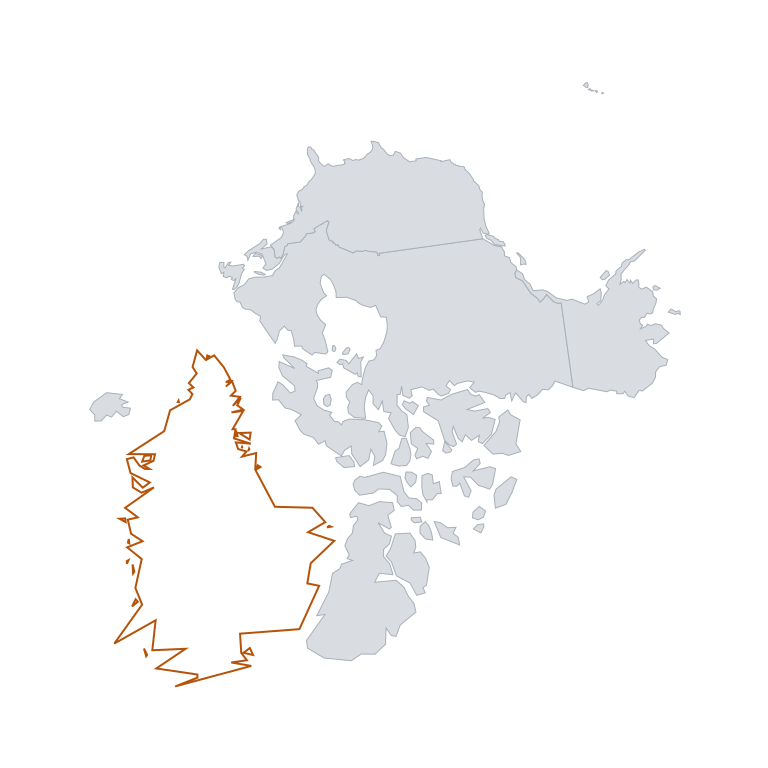 Greenland and the surrounding countries, rotated 172°
{"feature_id": "GRL", "entity_name": "Greenland", "entity_type": "country or territory", "adm_level": 0, "iso_a3": "GRL", "parent_name": "North America", "parent_adm1": "", "projection": "mercator", "projection_center": [-41.68, 71.708], "detail": "medium", "context": "with_neighbors", "style": "outline", "palette": "amber", "viewbox_px": 768, "rotation_deg": 172, "n_neighbors": 3, "source": "natural_earth", "source_scale": "50m", "svg_char_len": 14229}
<svg xmlns="http://www.w3.org/2000/svg" viewBox="0 0 768 768"><g transform="rotate(172 384 384)"><path d="M265.9,514.1L255.4,505.8L248.5,503.4L246.4,498.0L246.9,494.2L242.1,491.6L241.4,486.5L236.9,481.8L236.8,478.5L238.9,475.3L238.8,471.1L232.4,466.8L226.1,453.7L220.1,447.4L218.1,443.5L214.3,446.0L210.6,450.1L204.6,441.9L200.9,439.8L197.2,439.6L197.3,354.4L214.2,363.1L217.5,358.7L222.1,355.3L227.7,356.7L233.4,351.9L239.6,349.1L242.2,353.7L245.0,351.1L245.9,345.8L248.5,347.0L254.9,356.9L259.9,349.5L260.4,357.8L265.1,356.0L266.5,352.9L271.1,353.5L276.8,358.0L285.7,361.9L290.9,363.7L294.6,363.1L299.7,368.3L294.4,373.4L301.2,375.5L311.4,374.3L314.6,372.6L318.7,378.5L322.8,373.5L318.9,369.2L321.4,365.7L329.0,364.2L332.1,366.6L335.9,372.2L340.1,371.4L346.8,375.9L358.2,374.6L357.7,368.3L361.1,366.5L366.9,370.0L366.9,379.4L369.3,371.5L372.4,371.7L374.1,361.3L370.0,354.7L365.6,350.3L365.9,337.7L370.4,329.0L375.4,330.9L379.2,336.2L384.3,349.1L381.0,354.6L388.0,356.7L388.0,367.5L393.1,359.3L397.6,366.1L396.4,373.7L400.1,380.3L404.1,373.2L406.8,364.3L407.0,352.6L418.0,355.0L423.1,360.3L423.3,365.6L420.5,371.0L423.1,376.4L422.7,381.2L415.3,387.9L410.0,389.3L406.1,386.5L405.0,391.2L400.2,402.9L395.8,408.8L390.4,409.4L387.4,413.0L387.2,418.5L382.8,419.5L378.1,426.1L374.0,435.0L372.6,441.1L372.4,449.8L377.9,451.0L381.4,463.1L386.7,461.7L393.7,464.7L397.5,467.3L400.2,470.5L408.9,475.2L419.3,476.2L418.7,481.9L419.9,488.3L422.6,495.3L428.2,501.1L431.1,499.1L433.2,492.8L431.2,482.8L428.5,479.4L434.6,476.3L438.9,471.6L441.0,466.9L440.7,462.2L438.1,456.2L433.5,450.8L438.0,443.0L436.3,436.1L435.1,423.7L437.7,421.8L448.1,424.9L451.2,422.7L459.4,430.1L460.5,433.2L467.3,433.8L467.2,440.3L468.4,449.7L471.9,450.8L474.6,455.1L480.1,451.1L483.7,442.9L486.2,439.4L498.3,463.9L496.7,468.2L501.8,472.0L505.2,475.8L511.2,477.5L513.6,479.6L515.1,485.1L518.1,486.0L519.6,488.4L519.9,495.4L514.4,499.8L508.2,502.0L503.4,506.9L497.0,507.8L488.9,506.6L479.3,506.9L476.2,511.2L471.3,513.7L461.5,526.4L464.8,525.5L470.8,518.1L478.8,513.3L484.4,512.8L487.8,515.6L484.2,519.4L486.6,529.6L491.5,532.3L497.8,531.6L501.6,525.4L501.8,529.4L504.3,531.4L499.6,534.9L487.5,540.2L483.3,544.0L480.4,543.6L480.2,539.2L486.8,534.7L476.5,535.6L474.1,532.5L474.1,525.1L472.4,523.4L469.9,524.4L468.6,522.9L465.7,527.1L463.2,533.8L460.4,534.9L460.0,536.3L447.3,536.3L441.1,541.5L439.9,543.6L432.7,543.6L431.0,544.4L431.9,547.5L427.0,550.1L423.1,550.9L418.7,553.6L416.0,552.1L419.8,543.9L418.3,534.4L414.3,531.9L414.8,530.9L413.2,530.3L412.2,528.1L410.5,528.5L410.7,528.0L409.8,527.4L409.5,526.0L396.2,518.1L392.8,519.7L386.9,518.3L383.9,519.0L380.2,517.3L373.7,516.0L372.5,515.0L371.9,511.9L370.6,511.9L370.6,514.1L265.9,514.1ZM412.8,422.6L415.6,418.8L420.8,418.9L420.7,420.5L416.3,425.0L413.6,424.9L412.8,422.6ZM428.7,318.0L424.6,311.1L424.7,306.3L435.2,306.8L441.7,314.1L442.1,317.7L428.7,318.0ZM426.7,425.6L428.2,423.2L429.7,423.4L430.7,425.0L429.2,429.3L427.5,428.6L426.7,425.6ZM376.4,288.2L374.4,293.8L368.9,292.8L364.3,289.0L366.3,282.4L371.7,278.3L375.0,283.6L376.4,288.2ZM375.6,247.7L366.7,247.1L365.7,242.1L373.4,242.4L376.0,245.7L375.6,247.7ZM364.5,224.8L369.1,231.4L368.0,238.1L362.4,241.9L359.4,237.6L357.7,230.7L357.4,222.7L364.5,224.8ZM397.1,296.7L380.9,290.3L379.2,274.7L375.4,267.8L367.5,265.8L363.2,260.8L364.6,253.9L372.4,255.0L376.6,260.4L384.0,260.3L387.3,265.7L386.4,271.7L393.2,278.9L403.8,280.8L409.8,277.5L423.6,277.3L427.7,283.0L428.5,289.1L426.2,292.9L420.5,296.0L415.7,294.2L397.1,296.7ZM309.7,236.4L315.0,239.2L313.7,244.6L306.7,249.6L301.1,244.0L304.1,238.2L309.7,236.4ZM308.8,223.1L315.7,227.9L311.1,231.6L304.8,231.6L304.9,228.9L308.8,223.1ZM520.9,498.8L515.7,509.4L518.1,507.4L520.7,508.7L519.3,510.7L522.7,512.3L524.4,510.9L528.2,512.7L527.0,516.9L529.7,515.9L531.3,522.4L529.7,527.3L525.6,526.5L526.4,521.9L525.3,521.2L520.9,526.1L518.7,525.9L521.3,523.3L517.7,521.9L506.3,522.1L505.7,520.4L508.1,518.4L506.4,516.9L509.6,513.4L513.5,504.0L515.9,500.6L519.2,498.5L520.9,498.8ZM411.0,397.5L421.7,405.7L422.0,409.8L424.8,409.2L427.5,412.0L424.2,414.7L418.3,412.6L416.1,408.8L407.0,417.7L405.7,412.8L400.6,413.6L403.9,409.3L405.6,394.2L408.4,394.9L409.1,398.9L411.0,397.5ZM432.5,323.7L436.1,318.6L449.7,330.8L450.2,336.1L457.2,333.4L461.2,340.9L470.3,345.4L473.6,349.9L477.2,360.1L470.2,365.0L479.1,371.7L485.1,373.9L490.6,383.0L496.5,383.6L495.4,390.3L488.7,400.9L484.1,397.0L478.1,388.1L473.2,389.3L472.7,394.6L483.4,406.3L485.9,414.8L484.6,420.8L470.3,411.8L479.6,424.1L480.2,426.9L470.0,423.6L461.8,418.9L457.3,414.8L458.6,412.4L447.4,403.7L447.5,406.3L436.6,407.7L433.4,404.7L435.9,398.1L450.7,396.8L449.5,393.5L450.8,388.8L455.7,379.5L453.2,371.7L447.4,366.7L439.7,363.2L442.2,360.5L438.2,353.8L434.8,353.2L431.8,349.4L429.8,352.7L423.0,354.1L409.2,351.6L395.1,346.7L391.9,342.7L395.9,337.4L390.5,337.3L389.3,325.1L392.2,313.7L396.1,308.4L405.9,304.8L403.1,313.4L406.1,321.4L409.6,311.0L419.1,305.5L425.6,319.1L425.1,327.2L432.5,323.7ZM373.1,300.2L380.9,300.7L388.2,304.1L382.5,315.9L378.0,318.4L373.9,327.7L369.6,327.2L367.3,316.2L367.3,309.7L369.3,304.0L373.1,300.2ZM265.8,271.0L272.3,258.9L280.0,247.8L291.0,245.5L290.5,258.7L287.6,264.4L271.0,274.4L265.8,271.0ZM228.6,483.4L232.2,482.9L231.1,490.2L234.4,495.2L232.8,495.2L227.3,487.5L226.6,484.7L226.8,482.6L228.6,483.4ZM331.5,214.1L349.1,224.1L353.5,240.8L347.3,238.8L341.1,232.8L332.7,232.1L336.3,226.5L331.8,221.8L331.5,214.1ZM263.4,516.9L261.5,517.7L255.2,515.1L254.1,513.1L250.7,511.0L250.0,509.4L246.1,508.3L244.7,505.1L245.0,503.7L254.9,506.6L258.0,511.4L261.8,513.8L263.4,516.9ZM270.8,295.9L276.2,298.8L285.9,299.5L293.6,309.2L279.6,321.6L274.9,330.2L274.9,335.4L264.9,341.1L262.9,335.9L254.2,329.6L261.7,306.5L258.0,298.1L270.8,295.9ZM322.7,275.2L326.1,272.6L330.0,273.3L330.7,280.8L328.4,287.9L315.6,290.1L306.0,296.3L300.3,296.6L299.8,292.0L307.7,285.6L290.6,287.3L285.3,284.7L290.4,269.7L294.0,265.2L304.6,270.6L311.4,279.8L318.0,280.9L312.6,266.0L316.0,260.1L319.9,262.0L322.7,275.2ZM327.6,314.4L331.8,319.6L335.4,340.0L348.6,351.0L348.1,355.8L341.9,356.7L344.3,360.8L343.1,364.7L329.7,360.2L318.2,364.4L301.9,366.9L299.9,362.0L294.7,359.1L291.3,360.3L286.7,351.7L305.3,347.2L298.0,344.5L284.6,345.2L282.6,341.0L291.3,336.3L285.5,336.5L278.9,333.3L284.7,319.2L294.8,311.3L298.7,313.8L296.8,319.9L305.2,316.0L310.5,322.4L314.7,315.9L318.2,320.1L321.3,332.2L323.2,327.2L320.5,314.3L323.8,312.4L327.6,314.4ZM350.6,319.2L346.4,310.7L350.9,304.2L355.4,307.1L362.2,305.4L363.2,309.3L359.6,315.5L365.3,321.0L364.7,332.1L358.5,336.7L354.8,335.7L352.2,331.2L342.8,321.7L342.9,317.6L350.6,319.2ZM327.3,307.5L332.4,307.0L335.2,309.9L331.9,318.5L326.0,309.4L327.3,307.5ZM357.9,261.3L360.8,268.8L360.9,276.8L359.2,287.9L353.0,289.4L348.9,287.1L349.0,278.4L342.8,279.6L342.6,267.5L346.6,268.0L352.3,262.5L357.6,263.4L357.9,261.3ZM364.7,195.9L370.0,178.7L373.8,177.0L372.2,171.4L381.0,170.2L385.8,183.1L398.4,192.3L401.4,206.7L405.9,213.4L400.7,219.4L393.7,233.9L379.2,232.8L375.1,225.1L375.2,217.9L378.2,212.5L371.3,212.7L367.1,205.7L364.7,195.9ZM384.1,153.7L401.5,143.1L407.1,132.4L411.8,133.9L415.9,142.0L418.7,126.1L430.5,117.7L444.1,119.8L455.0,114.5L481.5,121.0L496.5,133.1L496.4,140.8L474.6,164.0L482.8,163.9L467.7,185.5L461.3,203.7L453.5,207.2L451.0,211.5L439.6,213.7L444.8,216.2L442.2,219.8L445.3,229.4L441.7,235.8L435.9,241.0L434.1,247.9L428.8,253.1L429.3,256.9L435.8,256.3L435.9,260.3L425.8,270.0L415.9,265.6L404.8,268.1L392.0,265.3L391.5,257.4L398.5,253.6L396.7,241.0L399.0,239.7L409.1,247.4L403.9,235.9L397.8,232.3L400.9,224.9L407.6,220.2L408.6,213.2L403.3,205.1L401.7,193.9L415.0,197.2L420.9,189.0L399.2,187.9L392.5,179.9L389.3,170.1L384.9,162.7L384.1,153.7ZM446.0,377.9L443.5,380.8L439.3,381.3L438.4,376.5L440.0,370.9L443.4,369.5L446.4,372.3L446.0,377.9ZM366.4,356.8L368.7,360.9L366.4,364.6L361.3,361.4L358.2,362.6L353.0,357.8L359.0,349.7L366.4,356.8ZM486.4,509.0L487.8,508.5L492.7,510.0L496.6,512.5L496.7,513.5L490.0,511.8L486.4,509.0ZM488.4,525.2L489.7,527.9L495.9,528.5L494.1,530.7L492.7,531.1L487.9,528.8L486.9,526.9L488.4,525.2Z" fill="#d9dde1" stroke="#a8b0b8" stroke-width="1"/><path d="M265.9,514.1L370.6,514.1L370.6,511.9L371.9,511.9L372.5,515.0L373.7,516.0L380.2,517.3L383.9,519.0L386.9,518.3L392.8,519.7L396.2,518.1L409.5,526.0L409.8,527.4L410.7,528.0L410.5,528.5L412.2,528.1L413.2,530.3L414.8,530.9L414.3,531.9L418.3,534.4L419.8,543.9L416.1,551.6L416.4,552.8L417.7,553.6L431.9,547.5L431.0,544.4L432.7,543.6L439.9,543.6L441.1,541.5L447.3,536.3L460.0,536.3L460.4,534.9L463.2,533.8L465.7,527.1L468.6,522.9L469.9,524.4L472.4,523.4L474.1,525.1L474.1,532.5L477.2,537.3L465.3,543.3L462.6,547.5L462.6,550.3L463.8,553.0L465.4,553.1L465.0,551.2L466.2,552.4L465.9,553.8L454.8,555.9L451.7,557.4L457.2,556.4L458.4,557.4L453.1,558.9L450.7,558.9L450.8,558.3L449.6,559.6L450.7,559.9L449.9,563.4L447.2,567.2L446.9,565.9L444.8,564.4L445.6,567.1L446.5,567.9L446.6,569.8L443.3,575.5L444.1,572.0L442.1,570.2L441.7,566.2L441.0,568.3L441.8,571.3L439.3,570.6L441.9,572.1L442.0,576.6L443.1,577.0L444.1,583.3L441.7,586.7L437.7,588.1L435.3,590.8L433.4,591.1L431.5,592.7L430.9,594.2L426.8,597.2L422.8,601.9L422.3,605.1L422.9,608.1L425.9,614.9L425.9,616.7L427.7,621.7L427.4,626.2L426.5,628.7L425.3,629.3L423.5,628.8L422.9,626.9L421.4,626.0L417.1,617.4L417.9,614.6L416.8,612.2L413.9,608.5L412.4,607.9L408.6,609.9L406.1,607.6L403.7,606.5L399.4,607.1L396.1,606.6L391.6,607.6L392.3,608.7L392.2,610.5L393.0,611.4L392.3,611.9L390.9,611.3L389.5,612.1L386.8,612.0L383.9,609.7L380.6,610.2L377.9,609.2L372.3,610.5L368.9,613.7L365.1,615.6L363.1,617.6L362.2,619.6L362.2,622.5L363.1,626.0L361.6,626.1L356.0,623.8L354.1,618.9L351.8,616.4L348.6,611.0L346.0,609.2L342.9,609.3L340.5,612.7L337.4,611.4L335.4,610.1L333.2,605.4L327.7,600.5L321.1,600.5L321.1,602.4L310.6,602.4L296.2,597.1L296.6,596.2L287.5,597.0L286.9,594.7L284.4,592.1L282.6,591.6L282.2,590.3L280.1,590.1L278.8,588.8L275.2,588.4L274.3,587.6L273.8,585.1L270.1,580.4L267.0,573.9L267.1,572.8L262.5,567.1L262.0,563.1L260.0,560.4L260.8,556.3L260.7,552.0L259.5,548.0L261.0,543.1L261.9,533.5L261.2,526.2L258.9,518.8L259.4,517.7L264.8,519.6L266.8,524.9L267.8,523.4L265.9,514.1ZM197.3,354.4L197.2,439.6L200.9,439.8L204.6,441.9L210.6,450.1L214.3,446.0L218.1,443.5L220.1,447.4L226.1,453.7L232.4,466.8L238.8,471.1L238.9,475.3L236.8,478.5L231.4,473.9L230.3,468.0L225.4,462.4L223.4,455.7L213.7,455.1L209.3,453.0L201.5,445.4L191.3,441.3L186.0,441.9L174.1,435.1L169.9,436.8L170.7,442.1L164.2,444.1L156.7,448.2L156.1,443.9L157.8,436.4L161.9,434.0L160.8,432.0L156.0,436.4L153.4,441.5L148.0,446.8L150.7,450.4L147.2,455.6L139.3,460.7L138.4,463.8L132.5,467.4L131.3,470.6L126.9,473.4L124.3,472.9L113.7,479.2L107.3,481.1L106.7,480.0L118.5,471.2L123.2,470.5L125.1,467.7L130.3,463.5L134.0,459.7L134.6,454.3L136.5,450.0L132.2,452.2L131.0,450.9L128.9,453.6L126.4,449.9L125.4,452.5L124.0,448.9L120.2,451.8L117.9,451.8L117.6,447.4L118.3,444.7L115.8,442.0L110.9,443.5L105.1,438.1L105.1,433.7L102.2,430.3L103.7,425.7L106.8,421.2L108.1,416.9L111.2,416.3L113.8,417.6L116.8,413.6L119.6,414.3L122.4,411.7L121.7,407.7L119.6,406.2L122.4,402.8L116.1,404.8L114.9,406.7L111.9,404.8L106.6,405.8L101.1,403.7L99.5,400.1L94.7,394.8L108.4,386.3L111.5,386.3L111.0,391.0L119.0,390.7L115.9,384.8L111.3,381.1L105.0,371.9L99.8,368.7L101.9,363.3L108.6,362.9L113.4,358.1L114.3,352.8L118.1,347.5L129.0,341.2L132.5,342.0L138.3,335.7L144.0,338.2L146.7,343.4L148.4,341.2L154.8,341.9L154.6,344.5L160.4,346.5L164.2,345.3L182.4,351.4L187.4,349.6L197.3,354.4ZM81.0,411.5L83.3,413.1L85.7,412.3L92.5,415.6L89.3,418.3L85.0,415.0L81.7,415.5L80.8,414.7L81.0,411.5ZM142.7,649.7L145.0,652.0L141.7,654.4L140.7,653.8L140.2,651.3L141.0,650.2L141.0,649.0L142.7,649.7ZM140.5,647.0L138.9,647.8L137.8,646.3L138.2,646.0L140.5,647.0ZM137.6,645.3L137.5,645.8L135.5,645.6L135.8,645.1L137.6,645.3ZM132.8,643.1L134.2,644.7L134.0,645.0L132.4,644.8L131.8,643.7L132.8,643.1ZM127.8,641.1L127.4,642.4L126.1,641.7L126.9,641.0L127.8,641.1ZM100.9,439.0L103.9,439.7L104.3,442.6L101.9,443.8L97.2,440.3L100.9,439.0ZM151.0,456.8L153.5,457.3L155.1,459.5L148.0,465.5L146.1,463.7L145.5,460.4L151.0,456.8Z" fill="#d9dde1" stroke="#a8b0b8" stroke-width="1"/><path d="M675.6,387.5L674.7,393.5L679.0,399.7L674.1,406.5L659.9,414.0L644.4,410.0L648.1,406.2L639.9,401.8L646.5,400.1L646.4,397.5L638.4,395.3L641.0,389.3L646.7,387.9L652.6,394.2L658.4,389.2L663.1,391.8L669.3,386.8L675.6,387.5Z" fill="#d9dde1" stroke="#a8b0b8" stroke-width="1"/><path d="M554.7,123.3L632.9,113.6L609.5,119.2L609.3,122.3L649.1,134.0L617.4,149.4L650.5,152.6L643.0,181.8L687.2,164.5L654.2,199.2L658.6,216.6L648.3,244.4L661.1,258.0L645.0,261.9L655.3,270.9L656.6,285.3L646.4,286.2L657.6,297.4L626.2,313.6L639.2,310.1L647.1,316.5L646.1,326.5L637.3,314.9L629.6,319.1L647.4,331.1L649.1,345.4L642.2,346.2L637.6,337.3L632.6,333.2L628.0,332.5L633.4,336.8L623.0,340.0L620.5,346.3L646.5,350.1L608.2,367.9L599.5,387.7L578.5,395.8L575.1,400.6L578.5,405.5L573.2,407.1L577.1,412.0L568.0,420.5L571.2,427.5L564.4,443.3L557.0,432.5L548.2,436.0L540.1,422.5L535.5,409.6L540.4,407.8L534.9,407.9L540.9,403.5L534.1,407.8L531.8,397.9L537.2,393.8L528.5,391.3L536.7,383.4L527.7,390.3L532.3,383.4L527.0,378.2L539.0,377.1L527.2,376.9L540.2,360.3L537.3,359.8L540.1,351.0L524.2,343.4L538.8,346.8L537.5,339.9L529.6,336.3L534.6,331.9L520.2,333.4L523.4,317.1L509.1,277.6L472.1,271.4L461.4,255.4L479.8,247.8L455.1,235.6L481.5,216.7L487.7,197.2L476.3,193.2L501.9,153.0L561.3,156.8L562.8,137.6L558.2,129.5L574.0,129.5L554.7,123.3ZM524.8,347.7L534.2,355.6L522.8,354.4L524.8,347.7ZM634.3,340.8L631.3,346.2L624.4,345.8L626.0,340.9L634.3,340.8ZM560.6,137.4L553.6,141.2L551.4,133.9L560.6,137.4ZM664.4,198.8L659.9,205.4L658.1,202.6L664.4,198.8ZM659.1,283.2L664.7,287.4L659.0,286.9L659.1,283.2ZM659.6,262.6L658.3,266.0L658.4,261.7L659.6,262.6ZM521.7,317.5L520.3,321.0L517.9,319.0L521.7,317.5ZM657.4,147.5L658.5,155.5L656.3,148.7L657.4,147.5ZM538.8,352.9L536.7,356.2L536.2,352.9L538.8,352.9ZM658.8,231.3L658.1,240.3L657.4,232.8L658.8,231.3ZM460.3,249.9L458.1,251.2L456.3,250.1L460.3,249.9ZM527.8,336.4L526.6,338.9L526.4,338.4L527.8,336.4ZM663.4,244.4L661.5,245.1L663.6,241.7L663.4,244.4ZM555.7,434.7L555.0,436.9L553.5,436.0L555.7,434.7ZM533.9,340.2L533.3,341.4L533.2,341.0L533.9,340.2ZM590.7,394.9L589.8,396.1L589.7,394.6L590.7,394.9Z" fill="none" stroke="#b45309" stroke-width="2"/></g></svg>